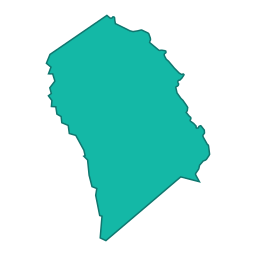 the district of Effingham, Georgia, United States of America
{"feature_id": "52423323B28526478136706", "entity_name": "Effingham", "entity_type": "district", "adm_level": 2, "iso_a3": "USA", "parent_name": "United States of America", "parent_adm1": "Georgia", "projection": "mercator", "projection_center": [-81.266, 32.346], "detail": "fine", "context": "isolated", "style": "filled", "palette": "teal", "viewbox_px": 256, "rotation_deg": 0, "n_neighbors": 0, "source": "geoboundaries", "source_scale": "gbopen_adm2", "svg_char_len": 1774}
<svg xmlns="http://www.w3.org/2000/svg" viewBox="0 0 256 256"><path d="M106.9,15.4L50.0,54.4L46.4,63.3L51.0,67.1L48.5,73.8L52.7,73.9L54.9,81.1L49.8,87.8L51.3,93.5L48.4,95.8L51.9,100.5L51.4,106.5L55.8,106.8L56.9,114.1L61.1,116.5L61.8,122.7L68.2,125.4L69.3,133.5L75.8,135.4L83.9,150.2L85.1,155.6L83.8,156.2L87.6,160.0L89.1,175.2L92.0,186.6L96.8,188.5L95.7,195.3L99.7,215.5L102.0,216.2L100.2,237.9L105.9,240.6L142.6,209.4L180.7,176.9L199.4,181.7L196.7,176.8L195.8,175.1L195.5,174.0L195.9,173.1L198.7,169.0L199.6,165.2L203.2,161.0L205.3,160.2L206.4,159.4L208.9,155.7L209.6,154.3L209.5,153.4L208.6,146.3L208.4,145.4L208.0,144.8L207.4,144.5L203.5,137.6L202.8,136.0L203.0,135.2L204.5,133.0L204.3,130.1L201.5,126.5L200.9,125.8L200.3,125.7L198.9,126.5L198.6,127.3L198.4,127.7L197.8,128.0L197.2,128.1L196.8,128.1L196.5,128.0L196.4,128.0L196.2,127.8L196.1,127.5L196.1,126.7L196.1,126.1L193.6,123.4L190.4,121.1L190.1,120.4L190.2,120.0L190.7,119.2L190.9,118.3L190.7,117.4L189.1,116.0L186.5,112.8L186.2,112.5L187.3,110.6L187.7,107.4L186.3,105.2L182.9,100.3L180.9,98.4L177.0,92.9L175.8,87.4L176.2,86.7L177.3,86.2L178.0,85.6L178.4,85.0L178.6,84.2L178.6,83.8L178.1,83.1L177.8,82.3L177.8,81.6L178.1,80.9L178.6,80.3L179.9,80.1L181.8,78.2L183.8,75.2L184.0,74.7L183.5,74.1L183.1,74.0L181.9,74.4L181.0,74.2L179.0,72.9L174.3,68.1L168.5,61.2L166.2,59.2L164.4,55.8L164.2,54.5L164.4,53.9L165.0,53.3L165.7,52.9L166.0,52.3L165.8,51.1L164.9,50.7L161.8,50.2L160.7,50.2L160.0,50.5L158.8,50.2L149.6,42.5L149.9,41.1L150.5,39.9L150.4,38.5L150.3,38.0L148.8,33.8L148.0,33.0L142.1,30.2L141.7,30.0L140.7,30.1L137.5,30.9L133.0,31.6L129.9,30.8L115.4,23.6L114.8,20.4L114.6,17.8L114.3,17.2L113.6,16.9L113.0,16.8L111.8,18.1L110.7,18.2L110.0,18.0L106.9,15.4Z" fill="#14b8a6" stroke="#0f766e" stroke-width="1.5"/></svg>